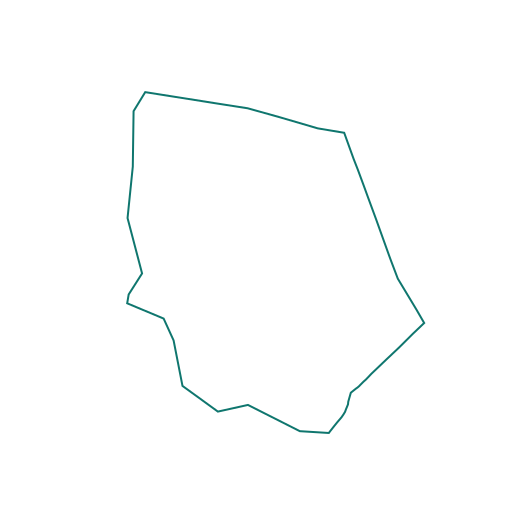 outline of Um Dafoug, Southern Darfur, Sudan, rotated 251°
{"feature_id": "16777658B44845642747034", "entity_name": "Um Dafoug", "entity_type": "district", "adm_level": 2, "iso_a3": "SDN", "parent_name": "Sudan", "parent_adm1": "Southern Darfur", "projection": "equal_earth", "projection_center": [23.612, 10.562], "detail": "fine", "context": "isolated", "style": "outline", "palette": "teal", "viewbox_px": 512, "rotation_deg": 251, "n_neighbors": 0, "source": "geoboundaries", "source_scale": "gbopen_adm2", "svg_char_len": 820}
<svg xmlns="http://www.w3.org/2000/svg" viewBox="0 0 512 512"><g transform="rotate(251 256 256)"><path d="M413.3,268.0L434.3,228.5L447.0,204.6L432.8,187.4L380.6,168.6L333.7,146.9L276.6,142.6L261.1,123.1L253.2,118.8L226.9,148.3L203.0,150.6L157.1,144.2L121.3,169.3L117.8,199.9L76.1,240.4L65.3,266.4L65.0,267.3L66.3,269.2L69.9,274.8L72.4,278.8L75.7,284.4L77.7,287.1L79.7,289.5L81.7,291.1L83.5,292.7L85.8,294.7L88.2,295.8L95.8,301.1L96.1,301.8L98.1,307.4L98.6,309.2L99.4,311.2L100.1,312.5L102.2,316.8L103.4,319.7L107.1,326.8L116.0,346.2L123.1,361.9L131.1,378.4L131.3,378.8L137.9,393.2L153.3,390.2L188.4,382.7L208.3,382.1L213.2,382.0L251.7,381.5L274.9,381.0L286.7,380.8L304.2,380.4L316.3,379.9L343.8,379.5L356.6,355.9L379.7,323.3L398.4,296.2L410.6,273.1L413.3,268.0Z" fill="none" stroke="#0f766e" stroke-width="2"/></g></svg>